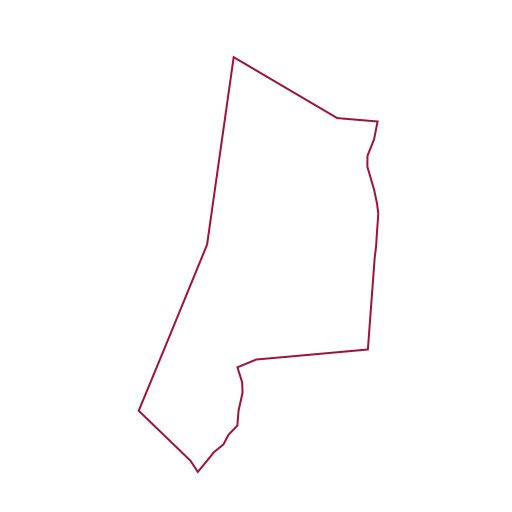 Brejinho, Rio Grande do Norte, Brazil, rotated 348°
{"feature_id": "56859067B50769639219683", "entity_name": "Brejinho", "entity_type": "district", "adm_level": 2, "iso_a3": "BRA", "parent_name": "Brazil", "parent_adm1": "Rio Grande do Norte", "projection": "robinson", "projection_center": [-35.382, -6.216], "detail": "fine", "context": "isolated", "style": "outline", "palette": "rose", "viewbox_px": 512, "rotation_deg": 348, "n_neighbors": 0, "source": "geoboundaries", "source_scale": "gbopen_adm2", "svg_char_len": 513}
<svg xmlns="http://www.w3.org/2000/svg" viewBox="0 0 512 512"><g transform="rotate(348 256 256)"><path d="M364.1,138.0L275.5,56.9L210.5,234.7L148.5,325.6L109.1,383.0L149.4,442.7L154.2,455.1L166.9,445.0L173.9,439.2L185.0,433.5L192.0,425.1L202.5,418.0L206.8,403.6L214.4,387.0L216.2,376.8L214.7,361.0L234.7,357.3L346.0,370.7L371.7,282.5L375.4,271.8L378.7,259.9L384.4,240.2L385.3,229.9L385.3,215.9L383.5,191.8L385.9,181.1L395.7,166.5L402.9,149.7L364.1,138.0Z" fill="none" stroke="#9f1239" stroke-width="2"/></g></svg>